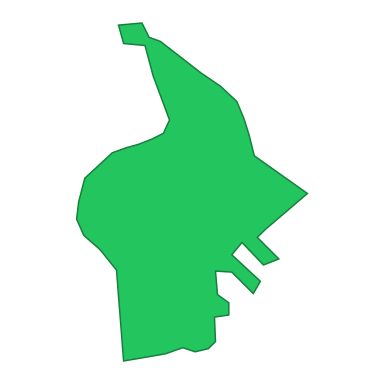 Jung-gu [Central District], Busan, South Korea (Mercator projection)
{"feature_id": "91817680B85909931268472", "entity_name": "Jung-gu [Central District]", "entity_type": "district", "adm_level": 2, "iso_a3": "KOR", "parent_name": "South Korea", "parent_adm1": "Busan", "projection": "mercator", "projection_center": [129.035, 35.112], "detail": "fine", "context": "isolated", "style": "filled", "palette": "green", "viewbox_px": 384, "rotation_deg": 0, "n_neighbors": 0, "source": "geoboundaries", "source_scale": "gbopen_adm2", "svg_char_len": 695}
<svg xmlns="http://www.w3.org/2000/svg" viewBox="0 0 384 384"><path d="M123.6,361.0L124.2,360.9L165.5,353.8L182.8,347.7L195.1,351.8L208.3,348.7L215.5,341.6L214.5,317.1L228.8,315.0L228.8,302.8L217.5,294.6L215.5,271.1L231.8,272.1L253.3,293.6L260.4,281.3L231.8,254.8L242.0,242.5L263.5,265.0L278.8,258.9L257.3,237.4L265.5,229.3L307.4,193.5L254.3,155.8L249.2,135.3L244.1,119.0L236.9,101.6L220.6,86.3L201.2,73.1L160.4,41.4L149.1,37.3L142.0,23.0L118.5,25.1L123.6,43.5L145.0,45.5L153.2,76.1L169.5,120.0L163.4,133.3L151.2,139.4L137.9,144.5L126.7,147.6L112.4,152.7L84.8,178.2L78.7,201.7L76.6,219.1L83.8,235.4L100.1,249.7L116.5,270.1L123.6,361.0Z" fill="#22c55e" stroke="#15803d" stroke-width="1.5"/></svg>